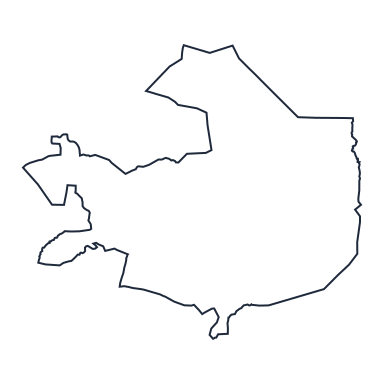 the district of Zurmi, Zamfara, Nigeria
{"feature_id": "59680162B55239717258244", "entity_name": "Zurmi", "entity_type": "district", "adm_level": 2, "iso_a3": "NGA", "parent_name": "Nigeria", "parent_adm1": "Zamfara", "projection": "robinson", "projection_center": [6.653, 12.856], "detail": "fine", "context": "isolated", "style": "outline", "palette": "slate", "viewbox_px": 384, "rotation_deg": 0, "n_neighbors": 0, "source": "geoboundaries", "source_scale": "gbopen_adm2", "svg_char_len": 4069}
<svg xmlns="http://www.w3.org/2000/svg" viewBox="0 0 384 384"><path d="M119.7,286.7L124.3,286.2L128.8,287.0L132.7,288.0L140.8,289.1L144.0,289.7L152.5,292.2L160.1,294.4L163.3,296.0L164.6,296.4L165.3,296.7L172.5,300.7L174.4,301.7L184.3,305.3L191.4,305.6L194.0,304.8L199.0,310.1L202.2,314.1L204.9,312.4L212.0,308.6L214.2,308.5L218.7,317.1L216.9,322.4L211.3,328.5L209.6,334.9L213.1,338.8L215.1,337.6L216.3,337.6L218.1,334.3L227.8,333.8L227.9,328.2L227.5,323.1L228.1,320.9L228.4,318.8L228.4,317.6L229.1,317.4L230.0,316.0L231.5,314.6L234.9,314.1L236.4,311.2L239.6,308.8L241.4,308.1L242.2,306.9L243.8,305.3L244.8,305.2L247.5,304.5L249.1,305.4L250.0,305.4L251.4,304.4L251.7,304.8L259.3,305.6L268.6,305.4L324.0,289.1L338.2,274.8L349.1,264.6L357.3,253.8L357.2,242.2L360.0,222.1L360.0,216.3L355.1,209.6L361.0,204.8L358.5,201.7L358.3,198.8L359.3,190.3L359.3,180.9L360.0,178.5L359.3,176.4L359.8,174.4L359.9,172.8L359.5,170.2L358.8,167.2L359.4,165.8L359.5,164.8L359.5,163.9L359.0,163.4L359.5,162.1L357.6,162.0L357.6,161.1L358.1,160.3L357.9,158.7L357.5,158.6L357.1,159.1L356.8,158.7L356.3,156.9L355.6,155.6L355.1,154.0L354.7,152.7L353.7,151.4L352.8,151.5L352.3,151.2L351.9,150.4L352.4,149.0L353.2,148.5L353.2,147.9L352.7,146.7L353.3,145.9L354.4,145.8L355.2,145.5L355.9,144.2L356.2,143.3L356.0,142.4L356.4,142.0L356.9,141.7L356.8,141.2L356.5,140.8L355.4,139.4L354.4,138.6L352.0,136.3L352.2,134.5L351.7,133.9L351.7,132.3L352.4,131.5L352.3,129.9L352.3,127.5L352.5,125.6L352.4,124.2L351.8,122.8L353.1,121.2L352.9,118.2L348.4,118.1L344.1,118.0L315.9,117.8L298.0,117.2L274.3,93.6L261.6,80.9L255.4,74.6L249.1,68.5L239.0,58.4L232.6,45.6L209.7,52.9L183.8,45.2L182.8,48.0L182.1,53.0L181.7,58.9L169.6,66.5L146.1,91.0L150.6,92.3L157.6,94.4L168.4,97.5L175.0,101.8L178.0,104.9L187.6,106.6L196.9,108.3L206.5,112.7L207.2,120.8L207.5,124.7L207.9,127.4L211.5,150.1L205.9,152.9L186.9,153.8L178.4,162.5L175.9,162.4L175.4,161.6L175.0,161.0L174.0,160.6L173.1,160.1L172.3,160.1L171.7,160.5L171.1,160.3L170.5,159.8L169.9,159.3L169.1,158.8L165.8,157.9L164.3,158.4L162.6,159.3L161.2,159.6L158.5,159.5L149.1,164.8L143.3,166.8L138.2,166.3L136.9,167.2L135.8,169.2L131.9,170.7L129.4,172.0L125.5,173.9L111.7,162.9L109.1,160.0L95.2,154.9L89.9,156.3L88.8,155.5L87.6,155.4L86.4,155.5L85.0,155.0L83.4,154.5L80.0,155.6L79.9,154.3L79.7,152.2L79.5,149.8L78.8,147.3L77.6,145.1L76.0,143.0L73.9,141.7L72.2,141.5L70.1,141.5L68.6,140.4L67.7,138.8L67.5,137.4L67.2,134.6L66.3,134.3L64.5,134.4L63.5,134.4L62.4,135.0L62.0,135.3L60.9,136.6L60.0,137.3L59.2,137.4L58.0,136.9L57.6,136.4L51.8,136.6L51.5,140.7L51.6,142.6L52.3,143.5L59.5,143.9L60.7,148.0L60.5,154.7L58.6,154.9L50.3,155.8L48.4,156.2L42.2,159.6L38.3,160.3L29.9,162.9L25.9,164.9L23.0,167.6L37.9,184.4L39.3,186.4L52.0,204.7L64.0,204.9L66.5,192.2L67.5,185.2L75.7,185.7L75.7,191.0L75.3,192.1L75.5,192.9L77.1,193.6L79.2,195.8L81.7,198.2L82.6,202.5L82.6,206.1L84.1,208.2L85.8,209.3L86.9,210.1L88.7,210.8L89.8,212.8L89.4,214.9L88.9,218.7L88.4,220.5L90.7,224.1L91.2,228.8L89.8,229.8L79.4,231.3L71.5,231.5L64.6,231.2L64.0,231.9L63.2,232.5L61.7,233.6L60.4,233.9L59.6,234.4L59.1,234.9L58.3,235.3L57.8,235.9L57.4,237.0L56.7,237.8L55.7,237.7L54.7,238.0L54.3,238.9L53.9,239.9L52.4,240.2L51.4,240.8L51.0,241.3L50.2,241.3L49.5,241.5L49.3,242.0L49.7,242.8L49.4,242.9L48.2,243.2L47.2,244.1L45.7,245.4L44.9,246.6L44.1,247.6L42.9,247.6L42.4,248.1L42.1,249.4L42.2,250.5L42.3,251.0L41.3,251.7L40.6,252.4L40.3,253.2L40.6,254.2L40.1,254.8L39.5,256.1L39.3,256.6L39.7,257.0L39.6,258.1L39.0,259.6L38.3,262.7L45.4,264.4L59.7,265.4L63.4,262.9L68.6,261.4L71.4,260.9L73.5,259.0L74.5,258.0L75.7,256.9L76.7,255.8L77.7,254.6L79.5,254.7L80.3,252.9L80.9,252.6L81.7,252.9L82.5,253.2L83.3,252.8L84.1,252.3L85.1,251.1L85.0,247.6L86.0,246.4L87.8,245.9L92.7,248.9L95.0,248.7L97.0,247.2L95.5,245.3L93.4,243.6L96.1,242.8L98.6,244.4L103.2,246.3L105.2,250.9L114.5,248.6L116.8,249.9L127.8,254.3L127.3,254.9L127.3,255.5L127.0,256.5L126.3,258.0L126.2,259.1L126.3,259.7L125.7,262.7L125.5,263.7L124.4,267.3L123.3,273.2L121.7,277.8L120.3,282.6L120.0,284.3L119.7,286.7Z" fill="none" stroke="#1e293b" stroke-width="2"/></svg>